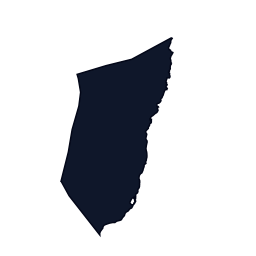 Al-Tur, Janub Sina', Egypt, rotated 236°
{"feature_id": "37247803B51826009871737", "entity_name": "Al-Tur", "entity_type": "district", "adm_level": 2, "iso_a3": "EGY", "parent_name": "Egypt", "parent_adm1": "Janub Sina'", "projection": "orthographic", "projection_center": [33.545, 28.362], "detail": "fine", "context": "isolated", "style": "filled", "palette": "ink", "viewbox_px": 256, "rotation_deg": 236, "n_neighbors": 0, "source": "geoboundaries", "source_scale": "gbopen_adm2", "svg_char_len": 3011}
<svg xmlns="http://www.w3.org/2000/svg" viewBox="0 0 256 256"><g transform="rotate(236 128 128)"><path d="M55.1,44.8L56.6,45.7L57.7,47.3L58.1,48.4L58.5,49.4L59.0,51.0L60.2,52.1L60.8,53.8L60.5,55.7L60.0,57.5L59.5,59.4L58.2,62.5L57.4,63.7L57.0,64.2L57.1,66.5L56.5,68.2L55.9,69.8L55.7,71.2L56.7,73.2L57.4,76.0L58.9,77.8L59.4,79.8L59.1,81.3L59.4,82.6L60.0,84.0L59.7,86.3L60.4,87.8L61.3,89.1L61.5,89.9L61.8,91.1L62.5,92.4L63.0,93.4L64.0,93.7L64.8,93.6L64.6,93.3L64.1,92.9L63.4,92.8L63.1,92.5L62.8,92.1L62.6,91.4L62.4,90.8L61.5,89.9L61.6,89.0L62.0,88.5L62.3,88.3L62.6,88.0L63.7,87.7L64.7,87.7L65.5,88.1L66.1,89.3L66.9,90.6L67.5,91.9L67.4,93.9L67.2,94.7L66.5,95.0L66.0,95.0L65.7,94.9L65.4,94.8L65.5,94.6L65.5,94.4L65.8,94.2L66.4,93.7L66.1,93.4L65.5,93.7L65.1,94.3L65.1,94.7L65.4,94.9L66.8,96.0L68.0,96.7L69.0,98.0L68.9,99.5L69.8,100.7L71.4,101.6L72.2,103.7L73.2,104.9L74.1,105.5L74.8,106.1L76.1,106.9L76.6,107.6L77.1,107.6L77.9,108.3L79.4,108.6L80.2,108.9L81.4,109.9L82.4,111.0L83.1,112.7L83.1,114.4L84.7,116.9L85.8,117.9L86.2,118.7L87.2,119.9L87.9,120.3L88.5,121.0L88.6,122.1L88.6,123.0L89.4,123.3L90.2,123.8L91.1,125.2L92.0,125.9L93.1,127.2L94.3,128.1L95.3,128.7L96.8,129.6L98.1,130.2L98.9,130.4L101.0,131.4L103.4,133.6L105.7,136.0L106.9,136.6L108.4,136.5L109.6,137.1L111.5,139.2L112.4,140.1L114.2,140.2L115.1,140.4L115.8,142.0L116.3,144.6L117.4,145.4L118.0,147.1L119.2,148.2L119.5,149.2L119.4,149.3L119.3,149.5L119.4,150.1L119.9,150.7L121.1,151.5L121.9,152.1L122.0,151.8L121.5,151.4L121.0,151.1L121.5,150.7L122.1,150.8L123.0,151.1L123.4,151.4L123.5,152.3L124.1,152.7L124.5,153.6L124.4,155.4L124.9,159.1L124.7,160.0L125.0,161.3L125.9,162.8L127.3,163.2L128.3,163.8L128.5,164.6L128.4,165.0L128.9,165.0L129.2,164.5L129.6,164.3L130.4,164.5L131.8,165.4L131.9,166.4L131.3,167.4L131.6,169.5L132.2,170.6L133.5,171.1L134.0,171.8L134.1,173.1L134.9,174.1L135.6,175.5L137.1,177.3L138.3,179.0L138.9,180.5L138.5,181.3L138.1,181.6L138.2,181.8L138.5,181.8L138.9,182.7L139.5,182.6L140.2,182.3L140.9,182.5L141.8,183.7L141.6,184.0L142.0,184.5L142.2,184.2L142.9,184.3L143.3,184.9L144.0,185.3L144.2,185.1L144.6,184.9L145.3,185.6L145.9,186.1L147.0,187.6L147.7,188.4L147.3,189.2L146.9,189.7L146.4,190.3L146.7,191.1L147.2,191.6L148.0,191.9L148.3,192.1L149.1,192.2L149.6,192.6L150.1,193.1L151.2,192.7L151.7,192.9L151.7,193.5L151.9,194.1L152.7,194.5L152.9,195.3L153.5,196.2L154.3,196.6L155.1,197.2L155.9,197.9L156.3,198.3L156.6,199.3L157.2,199.3L157.5,200.2L157.9,200.1L158.3,200.3L159.3,200.7L160.0,201.2L162.2,202.0L163.1,203.2L164.0,204.3L164.2,205.2L164.6,205.8L164.9,206.6L165.5,207.4L166.3,206.9L166.6,206.5L167.8,206.4L168.7,206.7L169.5,206.3L170.1,205.9L170.8,205.9L171.6,206.6L172.3,206.7L172.8,207.2L172.8,208.0L173.3,208.6L174.0,209.6L174.8,211.0L176.6,212.4L177.4,214.1L177.5,214.7L177.9,214.7L178.1,214.4L178.3,214.3L178.5,214.2L182.9,169.4L191.9,144.8L200.9,115.8L196.8,114.5L184.1,108.7L173.6,99.5L158.0,80.9L141.4,65.1L121.2,42.6L120.9,42.8L104.7,41.3L55.1,44.8Z" fill="#0f172a" stroke="#020617" stroke-width="1.5"/></g></svg>